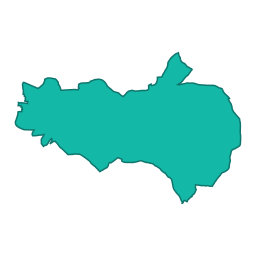 the district of Aiton, Cluj, Romania
{"feature_id": "2599482B48595612895223", "entity_name": "Aiton", "entity_type": "district", "adm_level": 2, "iso_a3": "ROU", "parent_name": "Romania", "parent_adm1": "Cluj", "projection": "equal_earth", "projection_center": [23.738, 46.677], "detail": "fine", "context": "isolated", "style": "filled", "palette": "teal", "viewbox_px": 256, "rotation_deg": 0, "n_neighbors": 0, "source": "geoboundaries", "source_scale": "gbopen_adm2", "svg_char_len": 5661}
<svg xmlns="http://www.w3.org/2000/svg" viewBox="0 0 256 256"><path d="M171.2,57.7L170.0,59.3L168.2,62.1L167.9,62.9L167.9,63.7L167.7,65.0L167.6,65.8L167.1,67.2L166.0,69.4L165.2,70.2L164.7,71.6L164.0,72.7L162.7,74.8L161.9,76.9L161.6,77.0L159.0,77.1L157.3,77.4L157.5,78.6L157.4,79.3L157.1,81.2L156.9,81.7L156.0,83.4L155.7,83.9L155.4,84.2L154.5,84.8L151.6,85.6L151.4,85.5L151.2,85.1L151.1,84.1L149.5,84.8L148.7,85.4L148.6,85.5L148.7,88.3L148.6,88.9L148.3,89.5L148.1,89.7L147.2,90.2L145.7,90.5L141.3,90.5L138.7,90.9L134.7,91.1L132.6,90.4L132.1,90.3L130.6,90.8L130.4,90.7L130.1,90.8L129.8,91.0L129.2,91.0L128.8,91.1L128.3,91.3L128.2,91.7L126.9,92.4L126.5,93.1L125.2,94.6L123.6,96.0L123.3,96.3L123.3,96.5L122.8,96.4L120.7,95.0L118.5,92.9L114.4,91.8L112.9,91.0L111.0,89.2L109.6,88.2L109.0,87.6L107.2,86.0L106.7,84.8L105.0,82.3L104.5,81.8L102.4,80.1L99.6,79.3L97.6,79.3L96.0,79.5L94.6,79.7L93.7,80.1L90.6,81.2L90.6,81.3L89.5,82.3L88.8,82.6L86.6,82.9L81.5,83.1L79.4,83.8L78.9,84.2L78.7,84.6L78.5,86.8L78.4,87.2L78.6,87.6L79.1,88.3L78.7,88.5L78.4,88.8L78.0,89.9L74.9,89.5L61.0,90.3L60.8,89.6L60.5,89.1L60.5,88.5L60.4,88.0L59.4,85.7L59.0,85.0L58.4,84.6L58.3,84.3L58.4,83.0L58.2,82.3L57.1,80.8L56.0,79.5L55.1,78.9L50.5,78.1L49.0,78.0L47.3,78.1L44.9,79.2L44.7,79.6L44.7,80.7L44.0,82.3L43.8,83.3L43.4,83.7L43.2,84.2L39.8,87.2L38.8,87.9L37.9,88.4L24.7,82.7L23.7,82.4L23.4,82.4L22.6,84.0L22.5,84.5L22.8,86.7L22.9,88.7L23.4,90.1L23.2,94.3L24.2,94.3L24.4,94.7L24.3,96.2L25.3,96.9L25.5,97.4L25.2,98.3L25.6,99.3L25.1,100.1L24.8,101.1L27.8,101.5L27.2,103.3L27.3,103.5L26.4,103.3L22.6,102.9L21.7,102.9L21.4,102.6L20.0,103.0L19.5,102.9L18.6,102.4L18.4,102.4L18.5,103.2L18.2,105.7L21.0,105.7L21.1,105.9L21.1,107.2L22.1,107.2L22.5,109.3L21.7,109.3L21.8,111.6L18.6,111.7L18.1,111.8L17.6,115.6L17.4,115.8L17.0,117.2L16.8,118.1L16.3,119.2L16.3,119.6L15.5,121.4L15.4,121.8L15.4,122.2L15.5,123.4L15.9,124.8L16.7,125.9L16.8,125.9L17.7,126.7L19.3,127.7L22.9,129.3L23.8,129.6L24.4,129.7L34.1,130.0L33.6,130.6L33.2,131.3L32.1,133.8L32.3,135.0L32.8,135.8L36.6,135.6L39.6,135.1L41.1,135.1L41.9,134.9L44.0,134.6L42.9,136.8L42.1,137.9L41.4,139.3L41.2,139.9L41.4,141.6L41.3,142.7L41.4,143.4L41.6,143.9L41.9,144.4L43.5,146.4L43.9,146.0L45.1,145.4L46.3,145.1L46.9,144.8L47.3,144.1L47.9,143.5L48.7,141.9L49.6,140.5L51.3,138.7L51.6,138.5L51.8,138.7L51.7,138.9L52.0,139.4L52.0,139.9L51.8,140.6L51.7,140.9L51.2,141.4L51.1,142.1L50.6,142.8L50.3,143.5L50.5,143.6L50.9,143.2L53.0,141.8L54.1,141.4L55.1,141.3L56.5,142.8L57.2,143.4L57.7,144.2L58.3,144.9L60.0,147.3L62.5,149.2L68.0,154.6L73.8,154.3L74.0,153.9L79.8,154.3L81.4,155.1L85.6,158.0L89.2,160.8L90.5,162.1L90.7,162.7L91.0,163.2L94.1,165.9L95.4,166.7L95.7,167.3L96.1,167.6L96.6,168.2L97.6,169.0L98.4,170.3L99.6,171.1L99.9,171.6L102.0,170.3L102.6,170.1L103.6,169.5L105.1,168.4L106.7,167.8L107.0,167.5L107.6,166.8L108.1,165.8L108.4,165.0L108.9,163.2L109.4,162.7L110.2,162.6L110.6,162.9L110.9,162.8L111.7,162.4L115.3,159.7L116.6,158.6L118.0,157.6L120.4,158.7L121.4,159.1L121.7,159.1L121.9,159.2L121.8,160.7L122.0,161.3L123.3,161.9L124.5,162.3L125.6,162.4L132.9,162.5L136.7,161.8L139.8,160.9L141.3,160.6L142.6,161.3L146.0,162.4L148.6,162.7L150.4,163.3L152.2,163.5L152.9,163.9L154.2,164.8L155.3,165.9L156.7,166.3L157.2,166.6L157.3,166.9L158.1,167.3L159.7,168.4L160.5,169.2L161.0,170.1L162.5,171.5L164.5,172.9L164.8,172.9L165.0,172.8L168.1,177.0L169.8,177.7L170.6,178.3L171.5,179.4L171.7,179.8L171.9,180.9L172.2,181.8L172.3,182.7L172.7,184.6L173.0,186.4L173.4,188.1L173.8,189.0L174.1,189.6L175.8,191.9L176.0,192.3L178.7,195.3L179.4,196.2L179.8,196.9L180.6,198.8L181.1,200.1L181.4,200.8L182.3,202.1L182.3,202.8L182.1,203.2L182.5,203.2L182.8,203.0L184.0,200.7L184.4,200.5L184.7,200.5L186.9,201.5L187.1,201.7L187.3,202.3L187.2,201.6L187.3,201.1L187.8,200.0L188.7,199.0L189.4,198.6L190.1,197.6L190.8,197.1L191.6,196.9L191.8,196.7L192.1,196.3L191.8,195.9L192.0,195.6L193.3,194.3L193.5,194.4L193.8,194.1L194.4,193.4L194.8,192.8L196.2,189.5L196.1,189.3L195.5,188.3L195.4,187.6L195.4,186.5L195.6,185.4L195.6,184.8L199.7,185.3L201.6,185.7L203.5,185.5L205.5,185.9L206.2,185.9L207.3,185.6L207.9,185.6L209.7,186.2L212.5,186.2L212.7,185.6L213.2,184.6L214.1,183.6L214.6,182.4L215.6,181.2L216.6,179.6L217.5,178.4L218.4,177.3L218.5,177.2L220.3,175.1L221.2,173.7L221.9,173.0L222.5,172.6L224.3,171.9L225.7,171.2L227.6,169.8L228.5,168.8L228.9,168.0L229.2,167.0L229.5,163.6L229.8,162.9L230.3,160.8L230.3,159.9L229.9,158.7L229.8,157.9L229.9,157.0L230.8,153.7L231.1,152.0L231.5,150.8L231.8,150.3L234.1,148.8L234.7,148.9L239.3,146.1L239.7,145.7L240.2,144.7L240.4,143.7L240.4,142.2L240.6,140.1L240.6,139.1L240.6,135.6L240.3,133.7L240.2,132.3L240.4,126.1L240.3,123.3L240.1,121.9L239.7,120.5L239.6,118.9L236.1,114.9L234.3,112.6L233.7,112.0L233.0,110.9L232.1,108.6L232.0,107.0L231.8,106.5L231.2,104.2L228.8,100.3L228.5,99.6L228.3,98.9L229.5,98.5L229.4,98.3L228.7,97.5L228.5,97.1L224.3,93.2L223.0,90.9L222.2,89.0L222.0,88.7L220.3,88.1L218.8,87.8L217.1,86.6L216.0,86.2L214.9,85.6L214.3,85.5L212.0,85.3L209.8,85.4L208.7,85.3L207.8,85.4L204.9,85.1L200.6,84.9L197.9,84.5L195.0,83.5L192.9,83.1L191.0,83.1L190.0,83.2L187.9,83.0L186.8,83.0L186.3,83.1L184.6,83.7L181.3,84.2L179.4,84.8L178.7,84.8L177.8,84.6L178.9,84.0L180.3,83.1L182.3,81.3L183.5,79.6L185.6,77.0L186.5,76.3L187.8,75.3L188.3,74.8L188.9,73.8L190.4,71.8L190.4,71.6L191.7,70.0L192.0,69.9L192.1,69.6L191.5,68.8L190.1,68.2L188.7,67.3L187.7,66.8L186.9,66.4L186.2,65.3L185.1,64.2L184.9,63.7L182.9,62.7L181.9,62.1L181.0,60.8L180.5,59.9L180.3,58.9L180.3,57.8L179.2,56.1L178.9,55.5L178.8,54.7L178.4,52.8L177.9,53.1L176.5,53.5L175.4,54.1L172.8,56.3L171.9,57.0L171.4,57.7L171.2,57.7Z" fill="#14b8a6" stroke="#0f766e" stroke-width="1.5"/></svg>